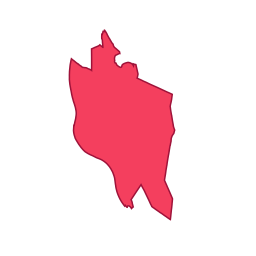 Wijk bij Duurstede, Utrecht, Netherlands, rotated 70°
{"feature_id": "6326949B81496240199161", "entity_name": "Wijk bij Duurstede", "entity_type": "district", "adm_level": 2, "iso_a3": "NLD", "parent_name": "Netherlands", "parent_adm1": "Utrecht", "projection": "robinson", "projection_center": [5.33, 51.991], "detail": "fine", "context": "isolated", "style": "filled", "palette": "rose", "viewbox_px": 256, "rotation_deg": 70, "n_neighbors": 0, "source": "geoboundaries", "source_scale": "gbopen_adm2", "svg_char_len": 5356}
<svg xmlns="http://www.w3.org/2000/svg" viewBox="0 0 256 256"><g transform="rotate(70 128 128)"><path d="M200.3,157.8L200.0,157.3L199.8,157.0L200.5,156.8L201.9,156.2L202.1,156.1L202.2,155.9L201.9,155.8L201.7,155.7L201.3,155.1L201.2,155.0L201.2,154.9L201.2,154.7L201.3,154.2L201.5,153.9L201.7,153.7L201.8,153.5L202.2,153.3L202.6,153.0L203.2,152.7L203.5,152.6L204.0,152.4L204.4,152.4L204.9,152.3L204.1,150.7L204.0,150.1L202.7,150.0L202.4,149.9L201.9,149.9L201.0,149.8L200.6,149.8L199.6,149.6L199.1,149.5L198.4,149.5L198.1,149.5L197.6,149.5L196.4,149.6L190.9,142.2L185.7,135.1L187.4,134.9L190.0,134.5L191.9,134.2L193.8,134.0L196.0,133.8L203.0,133.1L206.9,132.8L209.1,132.5L209.9,132.5L210.1,132.4L211.4,131.6L212.0,131.1L212.8,130.6L214.7,129.3L217.1,127.6L218.6,126.6L219.7,125.7L220.7,125.0L222.1,124.1L222.6,123.7L223.1,123.4L224.4,122.4L225.2,121.9L225.5,121.7L226.8,120.8L227.7,120.1L228.1,119.9L228.5,119.5L226.1,118.3L225.7,118.1L223.2,116.9L219.7,115.2L218.2,114.4L214.7,112.7L213.5,112.2L212.8,111.8L210.4,110.7L210.0,110.5L209.6,110.4L209.4,110.4L209.1,110.4L208.9,110.4L205.4,110.6L199.1,111.0L196.4,111.2L195.7,111.2L189.9,111.6L189.6,111.6L189.4,111.5L188.3,110.9L185.8,109.5L184.4,108.7L183.1,108.0L180.6,106.7L179.2,105.9L178.7,105.6L177.4,104.9L177.1,104.7L176.8,104.6L176.3,104.2L174.3,103.2L171.1,101.4L170.2,100.9L167.9,99.6L166.6,98.8L163.6,97.1L162.1,96.3L160.9,95.6L159.9,95.1L159.6,94.9L159.3,94.7L159.0,94.5L158.7,94.2L158.3,94.0L156.6,93.0L155.7,92.4L155.4,92.2L153.4,91.3L152.9,91.1L152.3,90.7L151.4,90.0L151.1,89.7L150.8,89.5L150.6,89.3L150.3,89.0L149.7,88.2L149.4,87.8L148.9,87.0L148.6,86.7L148.3,86.5L148.0,86.3L147.4,85.9L146.7,85.4L146.0,84.9L145.9,84.9L145.7,84.9L145.4,84.8L144.7,84.9L142.7,84.8L142.2,84.8L141.8,84.7L140.3,84.4L136.7,83.8L131.1,82.7L130.1,82.6L129.7,82.5L129.0,82.4L125.8,81.8L122.8,81.1L122.6,81.1L122.4,81.1L122.2,81.0L122.0,80.9L121.1,80.4L120.9,80.3L120.6,80.1L119.5,79.4L118.6,78.8L116.3,77.4L113.8,76.1L111.5,74.9L111.2,75.2L108.7,77.7L107.9,78.6L104.7,81.8L103.6,82.9L103.2,83.3L102.0,84.5L100.1,86.4L97.4,89.2L94.3,92.4L91.3,95.3L89.5,97.2L89.1,97.6L87.4,99.2L84.9,101.8L84.3,102.4L83.3,101.7L83.0,101.5L81.0,100.3L80.9,100.2L80.5,100.1L78.1,99.8L77.5,99.7L71.1,98.9L70.0,100.6L69.7,100.9L70.2,101.0L70.6,101.2L70.9,101.3L71.4,101.6L70.6,101.7L70.1,101.9L69.4,102.1L69.2,102.2L68.9,102.4L68.7,102.6L68.1,103.1L67.7,103.5L67.1,104.2L66.9,104.6L66.6,105.0L66.4,105.5L66.2,106.3L66.2,106.9L66.1,107.6L66.1,109.3L66.1,109.5L66.3,110.7L66.4,111.0L66.5,111.5L66.8,111.9L67.1,112.2L67.2,112.3L67.7,112.6L67.8,112.7L68.4,113.2L68.4,113.3L68.5,113.4L68.5,113.5L68.4,114.1L68.4,114.3L68.4,114.5L68.2,114.7L67.8,115.0L67.5,115.3L67.2,115.6L66.9,115.8L66.6,116.0L64.9,117.0L64.7,117.0L63.2,117.1L62.8,117.2L62.8,117.3L62.7,117.3L62.6,117.6L62.2,118.0L61.4,118.0L61.1,117.9L60.9,117.9L60.6,117.8L60.5,117.7L60.2,117.5L60.1,117.4L59.4,117.3L58.7,117.1L58.0,116.9L57.4,116.6L56.5,116.0L56.2,115.8L55.9,115.5L55.5,114.7L55.3,114.2L55.4,113.7L55.3,113.1L55.1,111.4L55.1,111.1L55.0,110.8L55.0,110.6L55.2,110.2L53.5,109.9L49.2,112.2L48.2,112.8L47.5,113.2L46.1,113.5L45.8,113.5L45.4,113.5L44.5,113.4L44.1,113.4L43.7,113.5L42.5,114.0L42.3,114.1L42.0,114.1L40.3,114.4L38.0,114.8L37.5,114.9L36.8,115.1L36.1,115.2L34.0,115.5L33.4,115.6L32.6,115.6L31.2,115.8L30.8,115.9L30.1,116.0L29.1,116.3L27.5,116.7L29.4,117.1L28.7,118.4L30.3,119.4L30.3,119.5L31.3,120.2L31.0,120.6L33.5,121.6L35.1,122.1L35.4,122.0L35.6,122.0L36.8,122.1L37.6,122.3L38.4,122.6L38.8,122.7L40.1,123.0L43.3,123.9L43.5,123.9L43.6,124.0L43.4,124.2L43.0,124.4L40.2,126.0L40.5,126.6L40.7,127.4L40.8,128.4L40.8,128.7L40.9,130.3L40.9,131.2L41.1,133.4L41.2,135.2L49.4,138.1L57.1,140.9L61.3,142.5L61.1,142.6L60.5,143.3L59.9,143.9L59.6,144.0L58.8,145.1L57.5,146.2L57.4,146.4L57.2,146.6L57.1,146.8L56.9,147.0L56.7,147.5L56.4,148.2L55.8,149.2L55.7,149.5L55.6,149.8L55.0,150.3L54.8,150.4L53.7,151.0L52.7,151.8L51.3,152.7L51.0,152.9L50.9,152.8L49.8,153.7L48.9,154.3L47.9,154.9L47.6,155.0L47.4,155.2L46.1,155.9L45.5,156.4L43.6,157.5L45.1,158.5L46.3,159.2L47.6,160.0L49.0,160.8L50.4,161.5L51.9,162.2L53.3,162.9L54.8,163.6L56.8,164.4L58.3,165.0L60.0,165.6L62.4,166.5L63.9,166.9L65.5,167.3L67.2,167.7L68.8,168.0L72.3,168.6L74.3,168.9L77.1,169.4L78.7,169.6L80.4,169.8L82.0,169.9L83.8,170.1L87.2,170.2L88.9,170.3L90.6,170.4L92.5,170.7L93.9,170.9L95.5,171.3L97.0,171.8L98.5,172.5L99.8,173.2L101.3,174.0L102.4,174.7L103.9,175.7L105.5,176.7L107.2,177.7L107.0,178.0L111.8,180.1L113.8,180.6L115.8,180.9L119.6,181.1L121.7,180.8L126.2,179.9L128.3,179.3L130.4,178.7L131.4,178.3L132.5,177.9L133.0,177.7L134.7,176.9L135.5,176.5L136.7,175.6L137.1,175.3L138.1,174.5L138.8,173.9L140.4,172.4L141.6,171.1L142.4,170.3L145.1,167.8L147.0,165.6L148.5,164.0L148.9,163.7L149.3,163.3L150.6,162.3L151.3,161.8L152.3,161.2L152.9,160.8L153.7,160.4L154.7,159.9L155.4,159.6L156.0,159.4L157.3,158.9L158.5,158.5L159.2,158.4L160.2,158.1L161.6,157.9L162.8,157.7L164.2,157.5L165.2,157.5L166.4,157.5L167.8,157.5L168.3,157.5L169.1,157.6L169.6,157.6L170.4,157.7L171.5,157.9L172.0,158.0L173.3,158.3L176.4,159.0L178.1,159.3L178.8,159.5L180.6,159.8L182.4,160.0L183.2,160.1L185.0,160.2L186.0,160.2L187.3,160.2L188.8,160.1L189.6,160.1L190.2,160.0L191.4,159.9L192.2,159.8L193.8,159.5L194.5,159.4L195.8,159.1L197.4,158.7L198.0,158.5L199.1,158.2L200.3,157.8Z" fill="#f43f5e" stroke="#9f1239" stroke-width="1.5"/></g></svg>